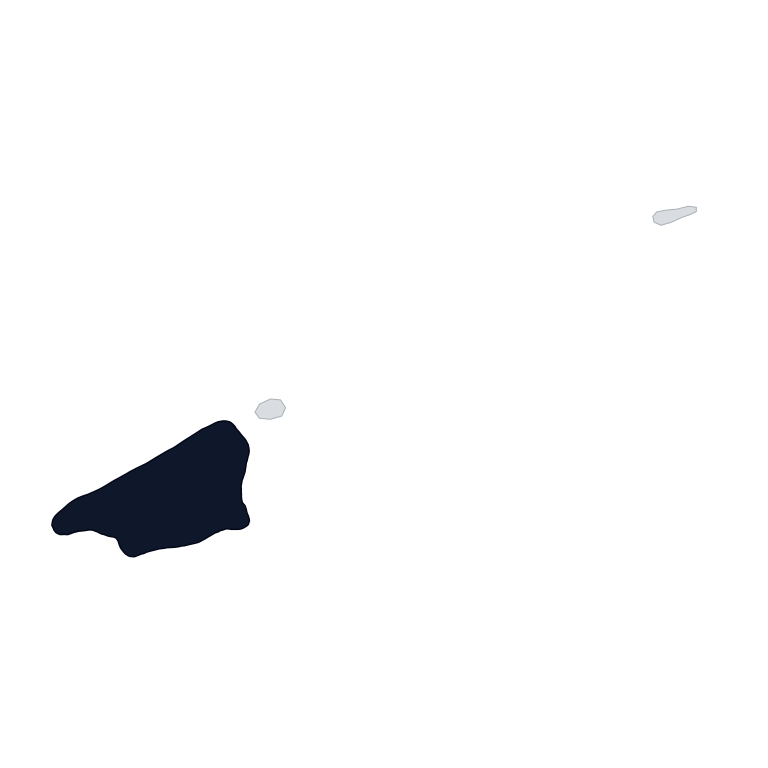 location of Mulaku, Maldives, rotated 60°
{"feature_id": "70690204B6879359618468", "entity_name": "Mulaku", "entity_type": "district", "adm_level": 2, "iso_a3": "MDV", "parent_name": "Maldives", "parent_adm1": "", "projection": "equal_earth", "projection_center": [73.487, 2.962], "detail": "fine", "context": "in_parent", "style": "filled", "palette": "ink", "viewbox_px": 768, "rotation_deg": 60, "n_neighbors": 0, "source": "geoboundaries", "source_scale": "gbopen_adm2", "svg_char_len": 2812}
<svg xmlns="http://www.w3.org/2000/svg" viewBox="0 0 768 768"><g transform="rotate(60 384 384)"><path d="M385.1,64.7L379.0,69.2L373.3,67.4L371.3,61.8L374.2,53.5L379.0,42.9L382.3,31.4L387.1,25.2L390.8,27.3L390.4,33.7L388.7,42.6L387.6,54.1L385.1,64.7ZM351.4,509.0L343.8,509.8L339.1,501.7L340.2,489.9L346.0,481.6L355.3,481.1L360.6,488.5L357.8,500.0L351.4,509.0Z" fill="#d9dde1" stroke="#a8b0b8" stroke-width="1"/><path d="M345.5,742.8L348.3,742.5L350.1,741.6L352.3,739.9L353.5,737.9L354.2,736.4L355.3,734.7L356.2,733.4L356.8,730.8L357.2,728.1L357.6,726.2L358.3,723.9L358.9,721.8L359.8,719.9L360.4,718.5L361.6,715.8L362.4,713.6L363.0,712.2L363.9,710.7L365.1,709.1L367.2,707.5L368.9,706.0L370.7,705.0L372.6,703.6L374.4,701.7L376.5,700.0L378.2,698.5L379.6,696.8L381.5,694.4L383.4,693.1L385.5,692.8L387.5,692.9L391.2,693.7L394.2,694.1L397.0,693.8L399.1,693.5L401.6,693.0L404.8,691.4L406.3,690.2L407.5,688.4L408.6,686.9L409.1,685.2L409.2,683.6L409.6,681.2L410.0,678.8L410.7,676.7L410.9,673.6L411.4,671.7L411.9,669.7L412.8,666.6L413.5,664.1L414.2,661.5L415.4,658.6L416.5,656.0L417.4,653.4L418.8,650.7L420.3,647.7L421.2,645.7L422.3,643.0L423.1,640.2L424.2,637.9L425.1,634.8L425.8,632.5L426.7,629.6L427.7,626.2L428.3,623.9L428.5,621.5L428.5,618.7L428.6,616.1L428.5,612.5L428.5,610.3L428.5,607.5L428.5,604.7L429.2,601.3L429.1,598.9L429.8,596.9L429.8,596.6L430.5,593.1L431.9,590.9L433.6,588.8L434.9,586.4L436.0,584.6L437.0,582.9L437.9,580.6L438.3,578.6L438.4,576.9L438.3,573.9L437.8,571.7L436.5,570.4L435.3,569.0L433.4,568.2L429.9,567.4L427.8,567.2L426.4,566.9L423.4,565.9L420.0,565.2L416.4,565.9L414.7,565.7L412.6,564.9L410.3,563.9L408.2,562.6L405.7,561.4L403.5,560.0L401.3,559.1L399.1,557.2L396.8,555.4L395.1,553.4L393.5,551.6L391.4,549.2L389.9,547.7L387.8,546.1L386.2,544.7L384.7,543.7L383.3,542.5L381.7,540.6L379.5,538.7L377.1,536.2L374.8,534.4L372.0,533.1L368.5,532.0L363.4,531.8L360.0,532.3L356.7,533.0L352.8,533.5L350.1,534.1L347.9,534.4L346.3,534.3L344.1,534.8L342.5,535.3L341.1,535.8L339.7,536.6L337.6,538.7L336.5,540.2L335.6,541.7L334.8,543.8L333.8,546.6L333.3,550.3L333.2,553.5L333.0,556.9L332.7,560.5L332.2,564.0L332.4,567.7L332.5,569.6L332.7,573.4L332.8,576.4L333.0,579.9L333.0,582.1L333.2,585.5L333.4,588.7L333.7,593.1L333.9,595.5L334.0,598.6L333.7,603.1L333.6,607.8L333.7,610.8L333.7,614.0L333.7,617.7L333.8,621.7L334.0,626.9L334.0,630.2L333.7,634.2L333.5,637.0L333.2,640.6L333.1,643.5L332.9,648.1L333.0,651.5L332.9,655.2L332.9,658.4L332.8,661.7L332.7,664.9L332.7,668.1L332.8,672.3L332.9,675.6L332.9,680.7L332.7,684.5L332.2,689.6L331.6,695.2L330.5,700.6L329.7,705.8L329.6,709.1L329.8,713.6L330.2,717.2L331.2,721.9L332.0,726.0L332.4,728.6L333.0,731.4L333.8,734.4L334.5,736.1L335.7,738.2L337.4,740.0L339.2,741.4L340.4,742.3L343.0,742.5L345.5,742.8Z" fill="#0f172a" stroke="#020617" stroke-width="1.5"/></g></svg>